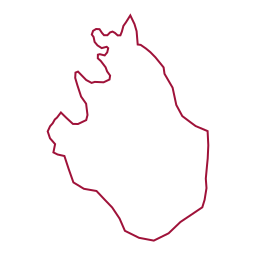 the district of Udu, Delta, Nigeria
{"feature_id": "59680162B80910542790982", "entity_name": "Udu", "entity_type": "district", "adm_level": 2, "iso_a3": "NGA", "parent_name": "Nigeria", "parent_adm1": "Delta", "projection": "equal_earth", "projection_center": [5.805, 5.485], "detail": "fine", "context": "isolated", "style": "outline", "palette": "rose", "viewbox_px": 256, "rotation_deg": 0, "n_neighbors": 0, "source": "geoboundaries", "source_scale": "gbopen_adm2", "svg_char_len": 1152}
<svg xmlns="http://www.w3.org/2000/svg" viewBox="0 0 256 256"><path d="M96.5,191.0L104.9,199.9L112.2,207.5L119.6,218.6L124.9,230.8L139.0,237.8L153.8,240.6L168.6,233.3L180.4,222.0L202.3,207.3L204.6,199.8L206.5,188.1L205.8,178.6L207.2,163.6L207.7,158.6L208.3,145.3L207.6,131.1L195.7,126.1L190.4,122.2L182.3,116.1L176.3,105.0L172.6,87.7L164.5,73.8L163.6,67.4L155.4,57.3L150.4,52.2L145.9,48.5L140.7,44.9L137.7,44.5L136.6,31.2L134.5,24.1L130.3,15.4L125.9,22.4L123.4,25.9L121.9,31.5L120.4,35.3L117.7,35.4L114.8,32.8L112.5,31.6L110.1,32.4L107.4,35.2L104.0,35.2L101.9,32.8L99.5,29.2L96.1,29.0L93.1,30.8L91.8,34.5L93.6,37.0L94.6,41.9L97.5,45.4L101.7,48.1L106.7,46.8L108.2,48.2L107.2,52.4L104.7,55.4L99.8,54.2L97.9,54.7L97.8,58.3L100.8,61.0L105.6,67.3L107.1,71.4L110.1,75.6L109.5,79.5L103.6,82.3L94.8,81.9L91.6,82.9L86.2,80.0L78.0,71.6L75.5,72.6L75.2,77.9L77.4,85.3L81.1,96.6L86.1,103.7L87.5,115.0L86.2,120.1L78.0,124.0L72.9,123.9L66.2,117.7L60.9,112.5L57.0,117.6L54.8,119.5L52.7,123.3L50.1,126.2L47.7,131.4L50.0,138.3L55.1,144.1L53.4,152.4L57.6,154.5L64.4,156.0L68.6,168.8L73.4,182.4L83.9,188.8L96.5,191.0Z" fill="none" stroke="#9f1239" stroke-width="2"/></svg>